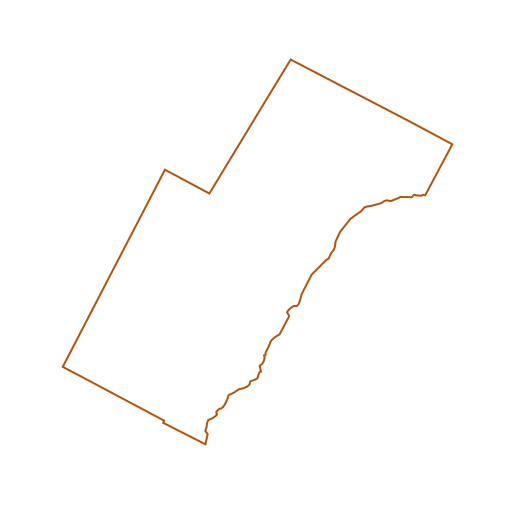 the Region of Kavango, rotated 118°
{"feature_id": "NAM-3354", "entity_name": "Kavango", "entity_type": "Region", "adm_level": 1, "iso_a3": "NAM", "parent_name": "Namibia", "parent_adm1": "", "projection": "mercator", "projection_center": [19.863, -18.289], "detail": "fine", "context": "isolated", "style": "outline", "palette": "amber", "viewbox_px": 512, "rotation_deg": 118, "n_neighbors": 0, "source": "natural_earth", "source_scale": "10m", "svg_char_len": 1600}
<svg xmlns="http://www.w3.org/2000/svg" viewBox="0 0 512 512"><g transform="rotate(118 256 256)"><path d="M65.2,135.1L82.4,135.1L115.1,135.1L122.0,135.1L123.0,135.2L123.1,136.0L123.6,137.3L124.4,137.8L125.3,138.5L127.4,143.5L127.6,144.9L127.9,145.2L131.0,146.1L135.4,154.7L135.8,156.1L137.5,157.1L144.1,162.6L144.5,163.6L145.2,166.0L145.9,167.2L147.1,168.4L149.4,169.6L150.7,170.4L158.0,178.2L160.5,181.6L162.3,183.1L167.2,184.3L178.6,190.0L195.3,193.1L206.0,192.5L210.4,190.8L213.2,190.2L214.6,190.3L218.4,191.0L224.1,190.6L226.1,192.0L246.4,198.1L268.2,197.8L275.5,196.1L278.4,195.8L281.0,196.5L282.2,198.9L283.4,199.9L286.0,201.1L289.0,202.0L291.0,202.2L291.6,201.5L293.1,199.0L293.9,198.4L314.1,198.4L318.8,201.2L323.3,202.8L324.5,202.9L332.0,202.2L335.5,202.3L337.1,202.0L338.9,201.2L339.9,202.2L341.8,200.6L344.8,199.8L348.2,199.9L351.2,201.2L355.7,197.4L357.0,198.3L358.8,198.2L363.0,197.4L364.5,198.0L369.5,202.2L372.8,201.4L376.0,202.8L378.9,205.3L381.3,208.1L382.6,209.1L387.0,211.3L390.7,214.1L392.3,214.9L395.5,214.1L400.5,213.8L405.1,214.2L407.2,215.4L408.1,216.5L410.2,217.4L412.3,217.8L413.3,217.2L414.2,216.0L416.4,216.6L420.2,218.6L423.0,221.1L426.3,220.8L430.1,219.4L434.3,218.6L436.0,215.0L446.0,212.3L446.9,259.6L444.5,259.8L444.5,263.6L444.5,269.1L444.5,274.5L444.5,280.0L444.5,285.5L444.5,291.0L444.5,296.5L444.5,302.0L444.5,307.5L444.5,313.0L444.5,318.5L444.5,324.0L444.5,329.5L444.5,335.0L444.5,340.5L444.5,346.0L444.5,351.5L444.6,368.4L444.6,374.6L222.6,376.9L222.7,326.5L89.9,319.0L66.3,317.6L65.1,185.5L65.2,135.1Z" fill="none" stroke="#b45309" stroke-width="2"/></g></svg>